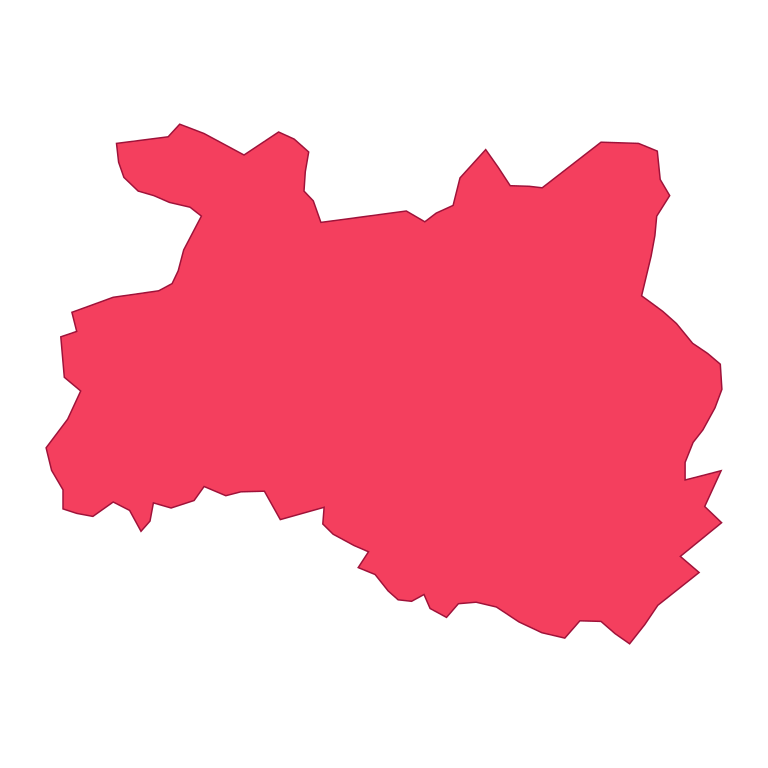 Sede Nova, Rio Grande do Sul, Brazil (Albers equal-area conic projection)
{"feature_id": "56859067B54570666253245", "entity_name": "Sede Nova", "entity_type": "district", "adm_level": 2, "iso_a3": "BRA", "parent_name": "Brazil", "parent_adm1": "Rio Grande do Sul", "projection": "albers", "projection_center": [-53.96, -27.642], "detail": "fine", "context": "isolated", "style": "filled", "palette": "rose", "viewbox_px": 768, "rotation_deg": 0, "n_neighbors": 0, "source": "geoboundaries", "source_scale": "gbopen_adm2", "svg_char_len": 1427}
<svg xmlns="http://www.w3.org/2000/svg" viewBox="0 0 768 768"><path d="M92.9,516.4L113.2,502.0L129.6,510.4L141.0,531.3L150.0,521.1L153.4,502.9L171.1,508.0L194.1,500.5L204.1,486.5L225.8,495.7L240.9,491.8L264.4,491.2L280.3,519.6L324.1,507.3L322.8,524.0L333.1,534.2L354.0,545.5L368.5,551.8L358.2,567.6L375.1,574.5L388.1,590.9L398.1,599.8L411.6,601.3L424.0,594.5L430.1,608.5L446.5,617.4L458.4,603.7L476.1,602.2L496.4,607.0L518.9,621.9L541.8,632.7L564.8,638.1L579.9,620.8L601.0,621.4L615.0,633.6L629.6,643.8L644.9,624.4L657.8,605.3L699.1,572.5L680.3,556.4L721.6,522.7L704.7,506.5L721.1,470.7L685.1,480.0L685.1,462.4L693.1,442.4L702.9,429.9L715.0,407.8L721.9,389.3L720.3,364.2L707.7,353.5L692.6,343.3L676.5,323.6L662.8,311.4L641.6,295.8L651.1,256.2L654.9,235.6L656.7,216.2L669.7,195.6L660.2,179.5L657.3,151.1L638.5,143.4L601.0,142.2L542.2,187.8L529.3,186.3L510.2,185.7L498.1,167.2L485.7,149.6L460.0,177.9L453.1,205.4L436.2,213.1L424.8,221.8L406.3,211.0L320.9,222.4L313.3,200.9L304.0,191.1L305.3,171.7L308.7,152.0L294.2,139.1L278.6,132.0L244.0,155.0L204.0,133.5L179.7,124.2L168.1,136.8L116.5,143.4L118.6,162.2L123.9,177.4L138.2,191.1L153.8,195.6L169.4,202.4L190.0,207.2L201.4,216.1L183.7,249.9L178.2,270.8L172.1,283.6L158.6,290.8L113.1,297.3L71.9,312.3L76.7,331.4L60.8,336.8L64.3,377.3L80.7,391.0L67.7,419.1L46.1,447.8L51.6,470.4L63.0,489.8L63.0,508.9L76.8,513.4L92.9,516.4Z" fill="#f43f5e" stroke="#9f1239" stroke-width="1.5"/></svg>